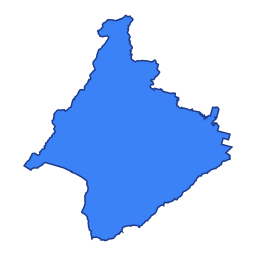 South Wairarapa District, Wellington, New Zealand
{"feature_id": "76426892B24718175617028", "entity_name": "South Wairarapa District", "entity_type": "district", "adm_level": 2, "iso_a3": "NZL", "parent_name": "New Zealand", "parent_adm1": "Wellington", "projection": "orthographic", "projection_center": [175.354, -41.267], "detail": "fine", "context": "isolated", "style": "filled", "palette": "blue", "viewbox_px": 256, "rotation_deg": 0, "n_neighbors": 0, "source": "geoboundaries", "source_scale": "gbopen_adm2", "svg_char_len": 5788}
<svg xmlns="http://www.w3.org/2000/svg" viewBox="0 0 256 256"><path d="M102.4,24.6L102.8,25.5L102.6,27.0L101.9,27.7L101.6,28.5L99.2,30.4L97.9,30.6L97.7,31.5L98.3,32.0L98.4,33.5L100.3,36.4L101.7,36.4L102.4,36.8L106.6,35.8L108.4,36.8L108.9,37.6L107.2,40.4L106.2,41.5L105.6,43.0L104.1,44.9L103.4,45.2L102.3,46.5L101.2,48.4L100.0,49.3L99.3,49.2L98.7,49.7L98.6,50.6L97.9,51.8L97.9,53.0L97.2,54.0L96.5,57.9L93.3,61.8L93.1,62.7L93.1,64.3L94.5,67.7L95.1,70.0L94.0,70.5L89.9,75.0L90.8,79.3L90.2,79.8L89.0,79.5L88.5,80.8L88.1,81.1L88.1,82.2L84.6,86.4L84.3,89.8L83.4,90.2L82.6,89.7L80.2,89.7L78.8,91.6L77.3,95.1L76.4,96.0L75.2,96.6L74.4,99.3L73.6,98.9L72.6,100.7L71.0,107.1L68.9,108.0L67.6,109.8L66.7,110.2L65.5,111.2L65.1,111.2L64.3,109.7L63.3,110.0L62.1,109.8L60.9,110.5L59.4,109.9L57.4,110.2L54.5,113.4L53.9,114.6L54.4,115.3L53.9,116.3L54.0,117.3L53.5,118.4L53.6,119.5L52.1,120.8L52.5,123.1L55.3,126.6L53.8,128.7L54.0,129.7L54.5,130.0L55.3,131.6L55.0,132.3L54.2,132.6L54.3,133.6L52.8,134.2L51.8,135.9L51.9,136.9L50.0,137.7L49.5,138.4L49.2,139.4L47.8,140.6L47.6,141.9L45.7,143.1L45.6,143.8L45.8,144.9L45.4,145.3L45.2,146.1L44.4,146.1L44.1,146.9L44.9,148.1L44.9,148.5L43.8,149.1L42.2,149.1L41.4,150.5L39.7,152.1L40.0,153.8L39.6,154.5L37.6,155.3L35.1,153.3L32.5,153.5L31.6,154.9L31.5,156.0L30.5,157.0L29.5,159.9L28.4,160.5L27.0,161.8L24.1,165.8L30.9,170.1L31.4,169.3L32.8,168.2L35.5,167.8L37.8,168.0L38.6,167.0L42.4,164.8L44.1,162.8L46.0,162.7L63.6,167.8L70.1,170.9L71.1,171.7L70.7,170.6L72.2,172.1L76.9,174.3L81.7,177.1L86.4,180.5L87.1,181.5L87.2,182.4L86.8,183.0L86.8,184.5L87.7,186.3L88.2,188.4L87.5,191.5L86.5,192.8L85.7,193.2L85.8,194.3L84.9,195.6L85.0,201.5L85.1,202.1L85.3,202.1L85.1,203.7L84.1,207.0L82.0,211.3L81.8,212.4L84.5,214.1L84.8,214.0L87.4,216.8L87.4,219.0L88.5,220.6L88.2,223.3L88.6,225.5L88.5,226.8L89.1,227.8L89.2,229.1L89.6,230.2L91.4,231.3L90.9,233.4L92.0,238.8L93.3,237.3L96.7,237.2L98.9,237.8L99.2,238.3L100.1,238.6L101.0,239.4L101.0,240.0L102.2,239.8L102.8,240.1L103.9,239.7L104.6,240.5L105.2,240.6L107.0,240.1L109.7,238.7L110.8,238.9L113.5,238.3L116.3,234.8L119.1,233.8L118.9,233.4L119.0,233.2L119.4,233.7L120.9,231.4L121.3,231.2L122.3,231.7L121.6,230.5L122.3,229.3L122.6,227.7L123.5,227.0L127.8,225.8L129.6,225.7L130.7,226.2L131.0,225.5L133.6,225.2L137.8,225.6L138.3,225.8L138.9,227.2L139.5,227.3L139.9,226.1L141.9,225.3L142.7,224.1L144.5,222.6L145.5,220.8L146.7,220.9L147.6,220.6L148.9,218.8L150.3,217.4L151.2,215.7L154.3,214.0L155.5,212.8L156.7,210.5L157.9,207.2L159.2,206.8L160.9,205.2L161.9,205.4L162.9,205.1L163.7,205.6L163.7,205.0L164.1,204.0L164.1,202.9L164.5,202.3L165.6,202.6L166.5,202.5L166.9,202.9L168.2,202.2L168.5,202.5L169.0,201.8L170.5,201.8L172.5,201.0L173.8,200.0L173.9,199.0L174.6,198.6L175.1,198.8L175.5,199.5L176.9,199.7L178.9,196.9L179.9,196.8L181.4,195.6L182.2,194.2L182.5,192.9L183.8,191.5L185.9,190.7L187.9,189.1L188.9,188.6L190.1,187.0L190.2,186.0L191.0,185.3L192.5,184.8L193.7,183.5L194.7,181.2L196.2,180.6L196.2,179.6L197.4,177.4L198.1,177.3L198.8,176.0L201.2,176.0L202.0,174.4L202.6,174.0L205.4,173.1L207.5,173.1L207.7,171.9L209.1,171.7L210.7,169.9L214.7,168.5L215.8,168.6L216.6,167.5L219.1,166.1L219.9,165.2L221.4,164.5L221.7,163.6L221.6,163.1L222.2,161.7L224.0,161.0L225.2,161.1L227.6,159.8L229.7,159.3L230.2,158.9L229.5,157.5L230.0,156.8L229.7,156.3L229.9,155.7L229.2,155.6L229.2,154.8L225.8,152.9L231.9,147.1L221.5,144.3L223.1,138.2L228.5,139.7L230.0,134.2L217.5,130.9L218.8,126.1L217.7,125.0L217.3,124.1L216.5,123.5L216.3,123.0L215.5,123.4L214.9,122.8L214.5,122.9L213.9,123.6L214.9,124.2L213.7,125.5L213.4,124.9L212.7,124.9L211.8,123.9L212.0,122.9L213.1,122.0L213.2,121.1L215.3,119.6L216.0,118.7L215.9,117.8L215.0,117.7L214.8,117.2L216.6,117.7L218.9,109.2L217.8,107.5L217.4,107.2L216.7,107.4L216.0,107.1L215.1,107.8L214.7,107.5L212.7,107.3L210.4,115.8L209.0,115.5L208.0,116.2L207.1,116.4L207.2,117.3L205.9,116.9L205.7,118.3L205.3,117.3L204.3,118.2L204.6,117.3L204.3,115.5L203.8,116.2L203.2,115.6L203.0,116.4L202.4,116.4L201.4,115.5L202.1,115.2L202.3,114.4L201.6,114.1L200.1,114.2L200.6,113.3L199.7,113.1L200.1,112.6L199.6,112.1L192.2,110.7L192.5,109.8L192.3,109.1L189.8,110.1L188.6,109.8L187.5,109.0L184.1,108.2L182.5,108.3L181.9,107.4L181.6,107.4L181.0,108.2L179.5,108.0L178.2,106.4L176.3,105.6L176.7,105.6L177.1,104.9L176.5,103.8L177.0,103.4L177.4,102.2L176.9,100.9L177.5,101.0L177.4,100.4L178.6,100.1L178.6,99.1L178.8,98.7L178.6,98.2L178.0,98.6L177.6,98.3L178.1,97.9L178.0,97.5L177.4,97.4L177.0,97.8L176.7,97.1L175.0,96.4L174.8,96.1L175.3,94.2L175.3,93.4L172.2,93.0L171.9,93.7L163.7,91.6L161.6,90.3L162.0,89.7L160.6,88.9L159.9,89.5L156.9,89.1L156.6,88.8L154.6,88.3L154.0,88.9L153.9,89.8L153.3,89.1L151.6,88.4L150.3,87.3L150.4,85.5L150.9,84.9L153.1,84.6L153.4,84.3L153.5,83.7L152.5,81.6L151.1,81.0L150.7,80.2L151.4,79.6L153.1,79.7L154.0,79.4L155.5,76.6L156.2,76.5L157.1,75.9L159.6,72.5L159.5,71.8L158.1,70.7L157.1,68.7L157.2,68.0L157.9,67.0L157.9,65.8L158.4,64.5L157.8,64.0L156.2,63.6L156.0,61.5L154.9,60.0L151.7,62.0L147.7,61.0L141.9,60.5L140.0,60.9L137.3,60.8L135.2,61.8L131.6,59.3L131.2,58.2L131.2,56.9L132.0,54.5L130.3,54.6L130.9,53.4L130.7,52.0L131.1,51.1L130.4,51.1L130.2,50.5L132.2,48.1L132.3,47.5L131.2,45.4L129.6,43.6L130.4,42.5L130.2,42.0L129.4,41.5L129.9,40.4L128.9,39.7L129.3,39.0L129.3,38.2L130.2,37.1L129.5,35.9L129.4,35.1L127.6,33.1L127.4,32.5L128.5,29.9L127.9,29.6L128.7,27.0L128.1,25.7L129.7,25.1L130.1,23.3L132.9,19.8L132.9,19.2L131.5,17.7L130.4,17.2L130.0,16.2L127.4,16.8L126.3,15.4L124.8,16.0L124.2,17.1L122.5,18.0L122.5,18.4L120.9,19.1L120.7,18.8L119.9,18.9L119.6,19.5L117.9,19.9L117.6,20.3L117.1,20.1L115.1,20.8L113.5,20.0L112.7,20.4L112.4,20.1L112.0,20.2L110.3,19.7L108.8,19.9L108.3,19.6L106.8,20.5L106.4,21.5L105.4,22.5L104.4,22.5L103.4,23.2L102.4,24.6Z" fill="#3b82f6" stroke="#1e3a8a" stroke-width="1.5"/></svg>